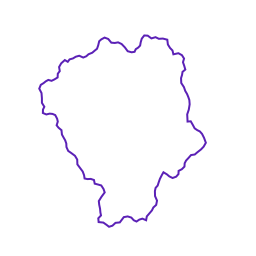 Brás Pires, Minas Gerais, Brazil, rotated 341°
{"feature_id": "56859067B189546975189", "entity_name": "Brás Pires", "entity_type": "district", "adm_level": 2, "iso_a3": "BRA", "parent_name": "Brazil", "parent_adm1": "Minas Gerais", "projection": "robinson", "projection_center": [-43.23, -20.882], "detail": "fine", "context": "isolated", "style": "outline", "palette": "violet", "viewbox_px": 256, "rotation_deg": 341, "n_neighbors": 0, "source": "geoboundaries", "source_scale": "gbopen_adm2", "svg_char_len": 2097}
<svg xmlns="http://www.w3.org/2000/svg" viewBox="0 0 256 256"><g transform="rotate(341 128 128)"><path d="M115.1,221.1L117.0,217.7L120.1,215.9L123.8,213.7L126.1,211.4L129.6,209.9L131.8,206.1L131.4,201.2L132.9,196.4L134.6,193.6L137.3,192.1L139.3,189.4L141.6,186.5L144.7,183.5L147.1,181.4L149.7,184.5L151.3,187.2L153.9,189.8L157.7,189.7L160.7,188.0L161.9,185.0L165.5,184.5L168.8,182.9L170.1,179.8L172.3,177.7L175.5,176.0L178.8,174.1L182.5,174.8L185.5,173.6L190.1,172.0L193.4,170.3L196.8,167.3L196.7,162.1L196.1,157.7L194.8,154.6L192.8,152.6L190.9,150.0L190.3,146.2L189.5,142.1L186.4,141.3L187.4,137.9L188.4,134.4L191.4,130.5L194.0,125.7L195.1,121.5L195.1,118.3L194.9,115.0L194.2,111.6L194.2,107.6L193.0,102.8L194.4,98.1L196.4,95.4L197.8,92.7L201.2,91.4L201.4,87.6L201.4,83.7L203.6,80.6L202.7,76.7L200.0,73.7L194.9,73.1L195.3,69.2L193.8,66.0L192.9,62.0L193.9,57.3L190.1,54.8L186.2,53.7L183.6,51.1L179.3,50.9L176.7,47.1L173.5,45.8L170.1,48.0L167.9,51.1L166.3,54.0L163.8,55.3L161.0,56.0L159.0,58.1L156.1,57.6L152.7,55.3L151.3,50.8L149.3,46.5L146.5,43.8L143.2,43.3L140.0,41.9L138.3,37.4L135.3,34.9L131.6,35.5L129.0,36.6L126.7,40.2L124.5,43.0L122.0,43.9L118.7,45.2L114.7,45.4L111.9,46.6L108.6,46.8L105.4,43.8L101.8,43.6L98.6,44.3L95.1,44.1L92.6,45.8L90.4,43.2L85.9,45.1L82.7,47.9L82.0,52.0L79.3,53.8L77.9,57.3L74.3,58.1L71.1,58.5L68.3,56.6L65.5,57.1L62.7,58.1L59.6,58.8L56.9,61.9L57.6,66.8L56.3,71.8L54.8,76.2L55.8,80.7L53.6,82.9L52.4,86.1L55.2,88.6L58.6,88.9L61.2,90.1L63.4,92.1L64.0,96.1L63.7,99.1L61.4,102.2L62.4,105.1L64.4,108.4L63.4,112.7L64.0,116.1L64.6,119.2L64.6,122.6L63.6,126.0L64.0,130.2L66.2,133.2L68.8,137.0L69.7,141.3L68.3,145.9L69.6,150.0L71.0,154.4L71.1,158.3L70.5,161.6L73.0,163.1L76.2,164.0L78.9,166.1L78.4,169.8L81.0,171.5L84.0,173.6L85.0,177.7L85.0,181.3L82.7,182.9L80.4,184.5L76.6,187.6L75.8,191.2L75.3,195.2L74.4,198.9L74.0,201.9L70.5,203.7L69.6,207.4L73.9,209.4L76.2,212.6L77.9,215.2L81.5,215.3L85.3,213.6L89.5,214.6L92.5,212.6L95.0,210.9L98.9,211.5L102.0,213.8L103.4,217.1L105.6,219.2L108.9,218.3L112.1,218.4L115.1,221.1Z" fill="none" stroke="#5b21b6" stroke-width="2"/></g></svg>